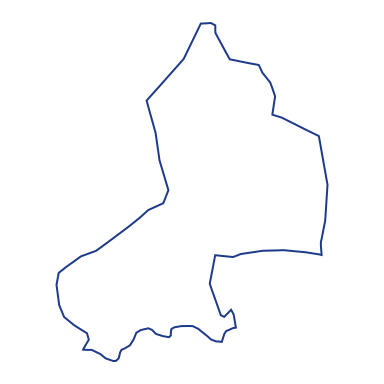 Assalaya, Eastern Darfur, Sudan
{"feature_id": "16777658B59060398252798", "entity_name": "Assalaya", "entity_type": "district", "adm_level": 2, "iso_a3": "SDN", "parent_name": "Sudan", "parent_adm1": "Eastern Darfur", "projection": "albers", "projection_center": [26.009, 11.71], "detail": "fine", "context": "isolated", "style": "outline", "palette": "blue", "viewbox_px": 384, "rotation_deg": 0, "n_neighbors": 0, "source": "geoboundaries", "source_scale": "gbopen_adm2", "svg_char_len": 1861}
<svg xmlns="http://www.w3.org/2000/svg" viewBox="0 0 384 384"><path d="M319.3,136.3L305.4,129.5L281.9,117.7L281.7,117.6L272.4,114.7L272.4,114.2L275.1,96.4L272.3,88.1L271.3,85.4L270.2,82.5L264.4,75.2L262.6,73.0L262.0,71.9L261.8,71.4L261.7,71.2L258.8,65.0L255.6,64.4L252.9,63.9L249.6,63.3L247.0,62.8L229.8,59.3L228.4,56.9L227.3,54.8L226.4,53.3L223.5,47.9L221.9,44.9L221.5,44.2L218.3,38.3L215.4,32.9L215.4,32.5L215.4,32.4L215.3,30.8L215.3,29.0L215.3,28.3L215.3,27.2L215.3,26.4L215.3,25.5L215.2,25.3L210.8,23.0L210.7,23.0L208.1,23.2L207.2,23.3L204.5,23.4L200.8,23.6L183.7,58.9L159.5,86.2L146.6,100.6L150.3,114.0L151.8,119.3L155.6,133.0L159.5,160.3L168.4,190.2L163.3,203.2L148.3,210.0L141.7,216.0L139.9,217.6L129.2,226.2L115.1,236.8L106.8,243.0L96.1,250.8L80.9,256.4L65.7,267.3L58.7,272.9L56.5,284.8L59.2,305.1L64.1,317.0L74.1,325.2L87.0,333.3L88.8,339.7L83.8,348.1L83.1,349.6L86.8,349.9L91.7,349.9L100.6,354.2L105.5,358.3L113.2,361.0L115.8,361.0L118.7,358.3L120.2,352.3L121.5,349.8L125.5,348.0L129.9,345.3L133.6,339.5L136.3,332.8L140.6,330.1L148.3,328.3L152.1,329.9L155.9,333.9L162.8,336.1L169.0,337.2L170.8,335.5L170.9,331.8L171.4,329.0L174.4,327.3L181.4,326.1L187.7,326.0L192.7,326.1L198.3,328.9L207.9,336.6L211.0,339.5L216.1,341.4L218.5,341.5L221.8,341.9L224.3,334.0L226.2,331.0L229.0,329.9L233.0,328.1L235.9,327.6L234.3,318.1L234.2,317.8L234.0,316.4L233.6,314.4L231.1,309.8L224.2,316.9L223.6,316.6L220.8,315.1L213.9,295.6L211.5,288.9L210.8,286.8L209.8,283.8L209.8,283.5L215.2,255.2L223.6,256.1L233.1,257.0L236.8,255.6L240.8,254.0L241.6,253.9L253.8,252.1L260.5,251.1L262.3,250.8L269.1,250.6L277.0,250.4L283.3,250.2L283.8,250.2L306.0,252.3L312.7,253.4L313.5,253.5L319.8,254.5L320.0,254.6L321.6,255.0L321.6,254.8L320.9,246.0L320.9,242.1L321.7,238.5L325.2,220.6L327.5,184.8L318.9,136.3L319.2,136.3L319.3,136.3Z" fill="none" stroke="#1e3a8a" stroke-width="2"/></svg>